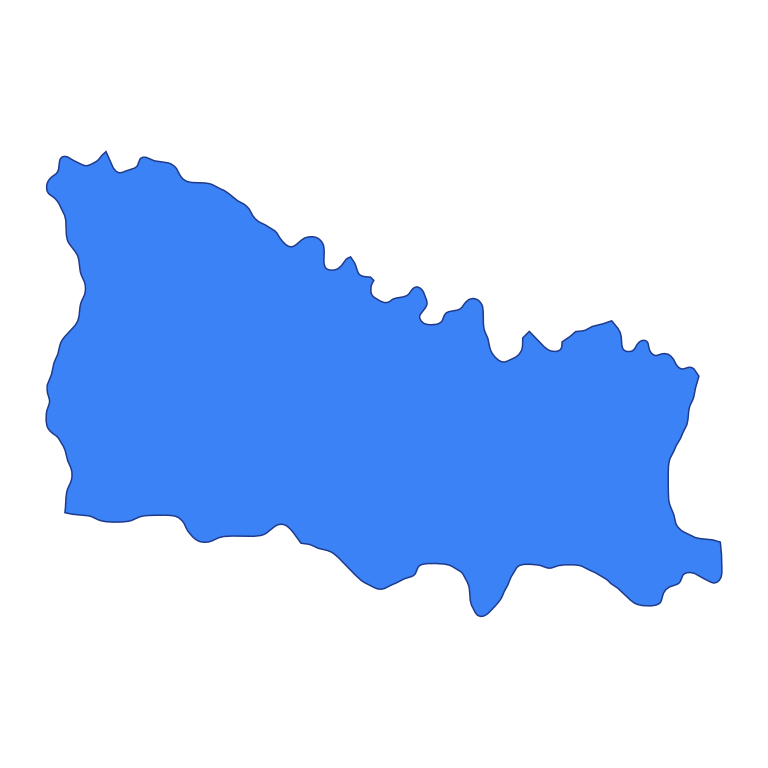 outline of Mao, Valverde, Dominican Republic
{"feature_id": "3306468B69236034460520", "entity_name": "Mao", "entity_type": "district", "adm_level": 2, "iso_a3": "DOM", "parent_name": "Dominican Republic", "parent_adm1": "Valverde", "projection": "orthographic", "projection_center": [-71.031, 19.524], "detail": "fine", "context": "isolated", "style": "filled", "palette": "blue", "viewbox_px": 768, "rotation_deg": 0, "n_neighbors": 0, "source": "geoboundaries", "source_scale": "gbopen_adm2", "svg_char_len": 6038}
<svg xmlns="http://www.w3.org/2000/svg" viewBox="0 0 768 768"><path d="M47.2,385.1L47.1,389.7L47.4,392.7L49.3,399.0L49.6,401.5L49.2,403.9L46.9,410.4L46.3,413.7L46.1,420.7L46.9,425.8L48.2,428.7L50.0,431.0L52.0,432.9L56.4,436.0L58.2,437.8L63.3,446.2L65.1,450.3L67.7,460.8L70.7,467.4L71.9,471.8L72.0,476.5L71.5,479.6L70.6,482.4L67.6,488.9L66.7,492.1L66.0,497.3L65.4,508.0L64.9,512.7L72.8,514.3L88.5,515.8L91.7,516.7L98.2,519.8L101.2,520.8L106.1,521.7L113.0,522.1L121.6,522.0L128.3,521.3L131.5,520.5L139.3,517.0L142.6,516.1L146.1,515.6L153.2,515.3L164.0,515.2L169.3,515.3L174.5,516.0L176.1,516.5L179.0,517.9L182.2,520.8L183.9,523.1L186.4,528.5L188.0,531.3L191.1,535.1L193.3,537.5L195.9,539.6L198.8,541.2L200.3,541.7L203.4,542.2L206.5,542.2L209.6,541.7L212.4,540.7L218.8,537.7L223.7,536.5L232.4,536.0L253.8,536.3L260.7,535.5L263.9,534.5L266.7,532.9L274.0,527.0L276.6,525.3L279.5,524.4L282.5,524.3L284.0,524.7L286.7,525.9L290.0,528.7L293.6,533.0L301.0,543.2L309.0,544.3L311.6,545.2L318.2,548.3L327.1,550.4L331.6,552.2L334.3,554.1L338.2,557.4L355.2,574.9L361.5,580.7L364.3,582.5L374.7,587.8L377.4,588.8L378.9,589.1L381.9,589.1L384.8,588.4L391.0,585.2L396.6,582.8L404.3,578.8L411.1,576.7L413.5,575.6L415.3,573.8L418.1,567.2L418.9,566.2L421.3,564.7L424.2,564.0L427.4,563.6L435.9,563.5L444.6,564.1L449.5,565.2L452.2,566.5L460.5,571.5L461.6,572.4L463.3,574.7L467.3,582.1L468.9,586.3L469.4,589.4L470.3,600.7L471.5,605.2L475.2,612.4L476.7,614.5L477.7,615.4L480.4,616.4L483.3,616.2L486.1,614.8L488.6,612.9L494.5,606.8L497.9,602.9L500.0,600.2L501.8,597.3L504.2,591.6L507.7,585.2L511.1,576.9L516.9,567.4L519.2,565.6L522.1,564.7L525.3,564.3L530.3,564.3L537.1,564.9L540.4,565.5L546.8,567.8L549.3,568.2L551.7,567.9L558.1,565.7L564.8,564.8L575.2,564.9L578.6,565.3L581.9,566.2L589.7,570.2L595.3,572.7L606.1,579.1L608.1,580.7L610.7,583.4L617.8,588.2L630.3,600.0L634.4,603.1L637.6,604.5L642.7,605.6L649.5,605.9L652.8,605.7L655.9,605.1L658.6,604.0L659.8,603.1L660.7,602.0L661.7,599.5L662.7,595.6L663.6,592.9L666.0,589.5L669.4,587.0L677.2,584.3L679.2,582.9L680.6,580.9L682.8,575.4L683.6,574.4L686.0,573.0L687.4,572.7L690.2,572.5L694.6,573.4L703.4,578.4L710.7,582.1L713.1,582.9L714.4,583.0L717.0,582.2L719.1,580.5L720.6,578.2L721.2,576.7L721.8,573.5L721.9,570.2L721.5,554.3L720.3,542.1L712.8,539.9L700.1,538.6L695.4,537.6L683.6,531.9L681.1,530.3L678.0,527.2L676.4,524.7L675.8,523.3L673.7,514.3L669.8,504.9L668.7,499.9L668.3,491.1L668.2,473.1L668.5,466.0L669.3,460.9L670.3,457.9L673.7,451.5L676.1,445.9L680.5,438.4L682.9,432.7L686.8,424.9L687.9,419.9L688.7,411.2L689.3,407.9L690.3,404.9L692.8,399.7L693.8,396.9L695.6,387.6L698.9,376.2L694.0,369.0L693.0,368.2L690.7,367.3L688.3,367.4L684.1,368.7L682.0,369.0L680.8,368.7L678.7,367.5L677.8,366.6L676.2,364.6L673.7,359.6L671.1,356.4L668.9,354.7L667.6,354.1L664.8,353.6L662.1,353.8L656.6,355.5L655.4,355.5L653.2,354.7L651.3,353.0L649.9,350.9L649.1,348.4L648.1,343.5L647.6,342.4L646.8,341.4L645.6,340.7L644.3,340.3L641.7,340.6L639.5,341.8L637.0,344.6L634.6,348.9L632.7,350.6L631.5,351.2L628.9,351.6L626.2,351.3L624.9,350.7L623.8,349.9L622.9,348.7L622.4,347.5L621.8,344.8L621.3,337.3L620.3,332.7L617.9,328.3L611.7,320.8L603.3,323.7L592.2,326.5L585.4,330.2L582.4,330.9L575.6,331.6L569.9,336.6L562.1,341.9L561.8,346.9L560.6,349.3L559.5,350.3L558.2,350.9L555.4,351.5L551.0,351.0L548.1,349.8L544.3,346.9L529.3,331.4L522.7,338.0L522.6,344.4L522.3,347.6L521.4,350.7L519.0,354.4L515.7,357.2L506.9,361.3L504.3,362.0L501.5,361.7L498.8,360.4L495.3,357.4L492.3,353.6L490.8,350.7L489.8,347.6L487.9,338.5L485.0,331.9L484.0,328.9L483.4,323.8L483.2,311.6L482.6,306.6L482.0,305.0L480.5,302.5L478.5,300.4L477.3,299.6L474.4,298.6L472.9,298.5L469.9,299.1L468.7,299.7L466.5,301.4L464.7,303.4L461.8,307.5L459.8,309.1L457.3,310.1L449.1,311.6L446.7,312.6L445.7,313.4L444.3,315.4L442.1,321.0L441.2,322.0L438.9,323.5L436.2,324.4L430.1,324.8L427.1,324.4L424.2,323.5L423.0,322.7L421.0,320.8L419.8,318.3L419.6,317.0L419.9,315.5L420.4,314.3L425.4,307.8L426.7,305.4L427.1,302.7L426.6,300.2L423.7,292.6L422.3,290.1L420.4,288.3L418.1,287.1L416.7,286.9L414.3,287.6L412.4,289.1L408.9,293.9L407.0,295.6L403.1,296.9L396.0,298.1L393.5,298.9L392.4,299.4L389.9,301.4L387.7,302.4L385.1,302.6L383.7,302.4L380.0,300.9L374.4,297.5L372.3,295.6L371.6,294.3L370.9,291.5L371.0,287.0L371.8,284.1L373.8,280.4L370.5,277.1L366.1,276.8L363.3,276.4L360.7,275.4L359.6,274.6L358.7,273.6L357.5,271.2L355.8,265.8L354.6,262.9L350.6,256.9L348.2,257.9L346.1,259.3L341.5,265.6L338.3,268.4L337.1,269.1L334.2,270.0L331.3,270.2L328.5,269.7L327.1,269.1L326.0,268.2L325.1,266.9L324.2,264.3L323.9,261.4L324.2,252.0L324.0,248.8L323.6,245.7L322.4,242.8L320.6,240.4L318.3,238.5L315.5,237.2L312.4,236.7L309.3,236.8L306.2,237.5L304.7,238.0L302.0,239.7L296.2,244.6L293.9,246.2L291.1,246.9L288.3,246.2L285.8,244.6L282.5,241.4L279.7,237.7L276.8,232.9L274.9,230.9L265.4,225.0L258.7,221.7L255.4,219.0L252.7,215.6L249.3,209.2L246.4,206.0L244.1,204.2L237.4,200.6L228.5,193.4L224.5,190.7L218.9,188.1L212.5,184.7L209.6,183.7L204.9,183.0L192.0,182.5L188.9,182.0L186.0,181.0L183.5,179.4L181.5,177.4L179.9,175.1L176.6,168.7L174.7,166.5L171.2,164.0L168.3,162.9L154.3,160.8L146.9,157.6L145.7,157.3L143.1,157.2L140.8,158.2L140.0,159.1L137.4,165.6L136.7,166.6L134.6,168.1L126.7,170.7L122.0,172.5L119.5,172.8L118.2,172.5L115.9,171.1L113.3,168.0L106.0,151.6L101.9,155.4L98.6,159.5L96.6,161.3L90.9,164.4L87.3,165.7L84.7,165.6L82.2,164.7L73.4,160.4L67.7,157.0L65.2,156.4L63.8,156.5L62.6,156.8L61.4,157.6L60.5,158.6L59.9,159.8L59.4,162.3L58.6,169.1L57.7,171.6L56.2,173.7L52.0,176.7L50.0,178.6L48.3,180.8L47.1,183.5L46.8,184.9L46.6,187.9L47.0,190.7L48.3,193.2L49.2,194.2L54.5,198.0L57.3,201.1L58.9,203.6L64.7,215.5L65.8,220.5L66.3,234.4L67.2,239.4L67.7,241.0L69.3,243.9L75.2,251.6L77.7,255.8L78.9,260.4L80.0,269.9L80.6,272.9L81.6,275.8L84.6,282.3L85.2,285.3L85.5,288.5L85.2,291.6L84.6,294.6L81.6,301.1L80.6,303.9L80.0,307.0L79.0,316.5L77.7,321.1L75.1,325.4L64.7,336.7L62.6,339.4L60.9,342.3L59.9,345.2L57.8,354.2L54.8,360.8L53.8,363.6L51.5,374.4L47.2,385.1Z" fill="#3b82f6" stroke="#1e3a8a" stroke-width="1.5"/></svg>